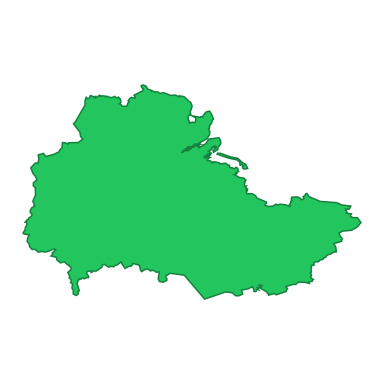 the district of Ballina Lea-6, Mayo, Ireland
{"feature_id": "5873133B94480778200635", "entity_name": "Ballina Lea-6", "entity_type": "district", "adm_level": 2, "iso_a3": "IRL", "parent_name": "Ireland", "parent_adm1": "Mayo", "projection": "robinson", "projection_center": [-9.261, 54.165], "detail": "fine", "context": "isolated", "style": "filled", "palette": "green", "viewbox_px": 384, "rotation_deg": 0, "n_neighbors": 0, "source": "geoboundaries", "source_scale": "gbopen_adm2", "svg_char_len": 5961}
<svg xmlns="http://www.w3.org/2000/svg" viewBox="0 0 384 384"><path d="M73.2,294.0L76.2,295.5L78.4,293.9L78.0,291.9L79.3,290.8L77.1,283.4L78.3,280.1L79.0,279.8L78.8,279.2L81.5,279.0L81.8,278.2L83.2,277.8L84.4,278.8L86.3,277.7L88.4,277.7L88.8,276.6L86.7,273.7L86.7,272.2L88.3,271.2L90.8,270.9L91.1,272.5L92.0,272.4L93.1,270.9L96.0,271.2L101.6,267.5L102.6,265.0L104.3,264.4L108.8,267.2L111.2,266.3L113.8,266.8L115.1,265.4L117.5,264.8L120.9,262.0L121.5,262.1L121.7,263.5L125.1,268.5L128.5,266.5L131.1,266.2L132.3,264.9L132.3,264.0L133.9,263.7L139.4,265.2L140.5,270.2L141.6,271.6L146.3,268.9L148.7,269.5L150.6,271.0L151.9,270.3L154.7,270.9L156.1,272.2L159.3,272.0L158.2,279.0L159.4,281.5L163.3,282.2L166.8,280.4L167.0,279.0L165.7,277.6L166.2,275.7L170.3,273.3L184.3,275.2L204.6,299.1L225.8,291.9L232.4,292.8L235.5,295.7L238.8,295.8L242.7,294.1L241.5,290.1L248.2,288.8L252.4,286.7L254.1,290.0L253.9,291.4L255.5,291.6L256.4,291.1L257.3,289.1L258.6,289.7L257.3,287.9L259.5,288.0L259.9,286.6L258.7,285.3L260.3,284.8L262.2,285.7L260.9,286.9L260.9,288.6L266.8,291.9L267.5,293.5L268.6,293.8L268.7,295.1L274.6,293.5L276.2,294.8L286.4,291.4L286.4,290.1L287.6,288.8L285.8,286.5L293.2,284.4L296.0,284.4L297.9,282.3L304.6,282.3L309.4,283.4L308.9,282.0L312.2,281.3L312.2,280.2L313.4,279.6L310.6,277.7L311.6,274.9L310.2,273.2L310.9,273.0L311.4,271.8L311.0,269.1L311.4,268.2L310.9,267.4L311.6,266.6L311.5,265.5L314.1,265.0L313.7,263.4L315.5,261.7L317.9,261.9L319.0,261.4L319.8,260.0L322.8,259.5L323.3,258.1L325.1,257.7L327.3,255.1L331.2,253.8L333.3,252.2L336.3,251.9L335.8,247.2L333.9,243.6L341.5,241.3L342.3,238.7L340.0,235.8L339.1,232.8L342.9,231.1L351.6,230.3L357.6,226.7L361.0,222.5L357.4,217.7L353.1,217.6L350.7,216.6L350.3,215.8L351.4,213.8L346.4,213.2L347.0,212.5L346.4,210.7L345.6,210.4L345.5,209.1L349.3,209.1L350.8,206.1L342.0,205.0L336.7,202.7L320.1,201.4L309.0,196.6L307.0,193.5L305.7,193.8L304.9,195.6L303.1,196.6L304.0,198.4L302.6,199.5L301.2,199.6L300.7,198.5L297.7,196.9L291.9,197.1L291.1,198.7L292.2,200.4L290.5,201.4L290.8,202.7L289.7,204.4L290.2,205.4L289.5,205.5L290.3,206.0L289.9,206.4L285.1,204.7L279.8,204.2L277.8,205.0L275.7,204.2L272.9,206.2L267.9,206.4L265.4,205.5L264.8,204.9L266.6,203.0L266.3,202.0L256.9,198.1L255.6,195.6L252.0,193.6L246.8,193.7L246.3,191.7L247.2,191.0L245.6,189.4L247.3,190.1L247.7,189.1L245.8,187.9L246.1,187.1L245.2,186.5L246.0,186.0L244.7,185.9L244.2,184.3L245.2,181.9L244.8,180.7L245.9,180.1L243.9,178.1L239.2,177.4L234.2,174.6L236.1,174.3L236.9,173.5L236.0,172.6L238.7,171.6L237.9,170.4L238.0,168.8L236.9,167.6L235.8,167.4L234.4,168.8L231.8,167.6L230.6,167.9L229.5,167.3L229.6,165.3L228.1,165.1L225.6,163.2L219.9,163.9L219.4,162.9L214.1,161.6L212.3,163.1L212.2,162.1L210.2,160.8L207.2,160.5L208.8,157.9L209.9,157.5L208.7,157.1L209.0,156.5L206.2,158.0L204.4,157.8L204.4,156.2L205.6,156.2L205.4,155.5L206.0,156.4L207.5,155.9L206.7,155.4L207.8,155.0L207.5,154.3L208.7,154.5L207.9,155.4L208.7,156.1L210.2,155.2L211.4,153.2L210.4,153.1L210.2,153.8L208.7,154.2L210.1,152.4L209.0,151.0L207.5,151.6L211.3,149.7L211.9,149.0L211.5,148.1L214.6,147.2L213.5,146.5L215.8,146.3L215.7,147.6L216.1,147.7L213.0,150.4L213.6,152.2L217.9,149.6L217.8,147.7L220.3,144.7L220.9,142.8L220.3,141.3L220.7,140.7L219.0,137.7L208.7,139.1L206.0,143.7L203.3,144.9L202.4,146.1L199.9,146.7L200.3,147.0L199.6,147.8L197.9,146.7L198.7,145.7L195.6,145.2L195.3,146.3L191.8,147.6L190.9,148.9L190.4,149.1L190.2,147.8L189.3,148.1L188.4,149.0L189.0,150.3L188.5,150.6L184.1,150.7L182.9,152.2L182.1,152.3L183.5,150.1L187.0,149.4L185.9,148.6L187.8,147.8L187.9,146.7L191.5,146.9L195.4,143.8L197.7,144.7L200.6,144.2L198.6,143.4L206.9,138.7L209.5,134.7L209.9,131.7L208.5,128.9L209.5,128.2L209.4,126.5L211.9,122.4L212.1,120.4L213.5,119.2L211.7,114.5L209.8,111.4L208.9,111.1L205.8,112.2L203.2,115.6L202.8,117.1L201.1,116.5L200.0,117.3L191.9,115.8L195.4,117.6L195.9,119.3L195.4,121.8L194.3,122.8L192.6,122.1L189.3,123.1L189.6,122.1L188.1,119.1L188.4,116.4L189.3,114.9L191.1,115.4L190.1,111.9L191.1,110.0L191.6,110.2L191.0,109.9L192.2,106.2L190.6,102.2L188.9,101.3L184.3,96.8L181.0,96.0L179.7,96.7L179.3,95.8L178.4,96.4L175.3,95.1L170.5,95.4L163.8,92.7L159.7,93.4L158.2,92.0L154.3,91.8L152.2,90.8L151.5,91.3L150.8,90.0L147.7,89.1L146.0,86.1L142.9,84.9L141.1,85.8L141.7,87.6L143.2,88.9L142.7,90.8L134.0,95.2L135.4,97.1L134.8,98.2L131.4,97.4L129.3,99.0L128.1,100.8L129.1,101.4L129.1,102.1L127.9,102.9L127.1,105.8L125.7,106.3L122.3,106.3L120.9,104.4L119.4,103.8L120.9,102.4L120.4,99.0L118.3,97.1L116.8,98.0L114.5,96.4L112.3,97.5L109.4,97.4L107.8,96.3L105.6,96.7L105.4,96.1L102.6,95.8L101.2,96.3L100.5,95.6L99.9,96.3L99.4,95.4L95.5,97.8L95.5,96.5L93.9,97.5L93.6,96.6L90.4,95.5L89.2,98.4L87.7,98.6L86.2,97.3L85.0,100.8L85.0,105.1L75.1,122.2L73.5,123.7L80.0,132.4L80.5,136.3L82.7,139.0L78.3,142.5L69.0,142.7L68.0,143.2L67.8,144.1L65.1,142.7L62.4,142.6L62.0,147.8L59.7,150.0L59.0,151.8L54.1,154.2L46.4,156.4L44.1,154.7L43.6,153.4L38.2,154.9L38.8,159.1L38.0,163.1L35.2,163.0L30.8,167.9L33.2,173.8L35.6,176.5L36.9,179.8L33.3,182.9L33.3,185.9L35.7,188.0L35.3,188.6L35.5,195.2L32.9,200.8L33.1,202.2L33.9,202.5L34.0,205.4L34.8,206.0L31.7,207.8L30.3,210.4L30.1,211.8L30.7,213.2L32.2,214.3L31.3,216.4L28.7,218.0L28.5,219.3L27.4,219.5L25.2,222.2L26.6,222.1L27.0,224.4L25.3,227.6L25.1,229.8L23.0,233.0L24.2,234.1L29.4,234.8L27.7,237.8L27.1,241.6L28.8,243.4L29.8,247.1L32.2,249.5L35.0,249.4L38.3,252.1L42.8,251.4L44.6,252.1L48.2,251.4L52.9,249.3L55.2,249.3L55.8,249.8L52.2,253.1L52.7,254.4L51.0,256.0L56.3,257.3L56.9,260.0L60.6,262.9L63.7,261.9L64.9,262.2L67.5,264.8L69.2,265.2L69.0,265.8L71.0,267.5L71.1,269.4L67.8,272.4L69.8,276.6L69.1,277.9L71.5,279.9L70.5,282.6L72.6,284.0L71.9,288.0L73.3,290.2L73.2,294.0ZM244.0,169.1L247.7,168.5L245.7,164.3L242.1,162.4L238.0,158.4L230.6,156.9L220.5,153.3L217.5,153.2L217.1,154.2L228.4,158.1L237.0,159.9L239.8,162.1L240.0,165.2L240.4,165.3L240.7,164.2L243.5,165.7L242.4,166.8L242.6,167.9L244.0,169.1Z" fill="#22c55e" stroke="#15803d" stroke-width="1.5"/></svg>